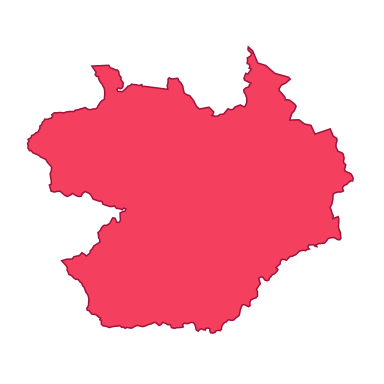 Santa Maria, Rio Grande do Sul, Brazil (Robinson projection), rotated 357°
{"feature_id": "56859067B70904349952345", "entity_name": "Santa Maria", "entity_type": "district", "adm_level": 2, "iso_a3": "BRA", "parent_name": "Brazil", "parent_adm1": "Rio Grande do Sul", "projection": "robinson", "projection_center": [-53.836, -29.777], "detail": "fine", "context": "isolated", "style": "filled", "palette": "rose", "viewbox_px": 384, "rotation_deg": 357, "n_neighbors": 0, "source": "geoboundaries", "source_scale": "gbopen_adm2", "svg_char_len": 5685}
<svg xmlns="http://www.w3.org/2000/svg" viewBox="0 0 384 384"><g transform="rotate(357 192 192)"><path d="M77.7,279.8L79.2,281.3L80.9,286.7L82.2,288.3L82.9,290.2L83.4,293.7L82.6,300.2L80.9,302.5L81.1,304.5L82.8,304.9L84.1,306.8L85.6,308.7L89.5,309.4L92.7,312.4L94.3,313.2L93.2,314.7L94.7,315.7L94.5,319.2L96.1,321.0L98.5,321.4L102.4,323.0L105.0,322.4L106.9,322.2L110.6,322.0L112.8,321.8L114.8,323.5L116.4,323.2L118.1,324.7L119.9,323.8L123.0,324.6L125.0,324.7L127.3,323.5L129.9,322.4L131.5,322.7L135.7,323.9L137.6,323.5L142.3,321.9L144.3,321.6L147.6,320.2L149.1,320.7L152.1,323.6L153.7,323.0L156.3,320.6L159.1,322.0L160.5,323.2L162.1,323.2L163.7,323.7L164.4,326.4L167.5,327.2L169.5,326.7L172.1,326.8L174.2,326.6L176.2,326.3L175.7,323.7L177.6,322.5L179.5,323.2L181.5,323.2L182.9,322.5L184.7,322.2L186.5,322.5L187.7,323.9L188.3,326.0L188.8,328.0L188.9,329.8L190.8,331.3L192.4,329.7L194.5,329.1L196.4,330.2L198.2,330.6L198.7,328.8L200.7,328.7L202.6,329.4L202.6,331.8L203.1,333.5L205.6,334.0L207.6,333.5L208.7,331.9L210.8,331.5L212.9,332.0L214.1,330.8L214.5,329.0L214.9,327.2L216.3,325.4L218.1,323.8L219.6,323.5L220.7,322.1L222.2,321.5L224.4,322.3L226.9,322.1L228.9,320.3L230.9,319.0L232.7,317.6L233.4,315.1L234.0,312.3L236.2,307.4L238.6,307.2L240.9,308.7L242.6,309.5L244.1,308.5L243.9,305.3L245.3,302.7L247.9,301.8L250.6,300.8L252.0,299.2L252.1,297.4L252.1,294.9L251.3,292.4L252.5,291.0L253.6,289.3L255.5,287.2L254.8,284.6L254.1,281.6L256.6,280.2L258.6,281.3L260.2,283.7L262.1,284.6L264.0,284.0L264.9,281.9L266.3,280.8L267.8,278.8L269.5,278.3L270.9,277.3L272.7,275.7L273.8,273.8L271.9,271.9L273.2,270.9L274.7,269.6L276.2,268.6L276.5,266.4L277.5,264.4L279.1,264.0L281.0,264.3L282.8,265.1L286.3,261.7L289.2,261.3L292.2,260.1L296.4,256.6L300.1,256.0L302.2,256.6L303.7,255.6L306.2,255.0L304.8,253.6L305.6,251.1L310.6,251.0L312.2,252.7L313.9,253.1L313.1,251.3L315.4,250.3L321.6,250.0L323.6,248.1L325.5,245.7L327.8,245.0L331.6,245.0L335.0,247.2L337.0,247.5L338.3,246.0L338.1,242.9L338.1,240.3L337.0,237.3L336.4,234.6L336.7,231.8L337.1,229.0L337.2,226.5L336.6,224.2L331.4,226.0L331.8,223.0L330.9,221.1L330.4,218.8L329.9,216.6L329.0,215.0L329.9,213.4L331.2,211.0L331.8,208.5L332.3,206.7L332.4,204.7L332.7,202.1L334.1,200.5L336.4,200.0L338.2,199.6L340.6,199.9L343.3,198.9L342.6,196.5L342.9,194.8L344.7,193.2L346.9,192.6L348.7,190.7L351.3,189.1L353.0,189.4L353.7,186.7L352.8,184.1L351.8,182.4L350.0,181.1L348.1,180.3L346.4,179.5L345.4,177.6L346.3,175.2L347.0,172.9L345.2,171.0L344.9,169.0L345.7,166.3L345.4,164.4L345.0,162.1L343.5,160.5L341.9,159.9L339.9,158.8L338.8,156.3L338.2,154.3L338.4,151.3L339.5,148.4L339.4,146.0L336.0,143.7L333.4,136.2L317.8,140.6L314.3,131.6L307.9,130.0L304.2,126.8L302.7,125.5L293.3,125.3L295.8,118.8L298.2,116.5L300.5,112.0L299.2,109.7L294.4,105.4L292.6,104.9L290.0,104.8L289.8,102.2L288.2,100.0L285.5,96.6L284.3,95.2L284.5,93.3L286.8,90.0L291.3,88.1L296.0,84.5L294.4,82.4L281.0,77.9L272.2,69.5L264.4,66.6L260.0,54.3L255.8,50.0L255.3,52.7L256.3,54.3L259.0,56.9L257.3,59.5L254.2,61.0L254.4,63.3L253.8,66.6L255.7,67.4L256.5,69.8L255.5,71.3L257.7,72.5L255.2,75.4L254.0,77.3L251.9,76.3L249.8,81.2L250.3,83.0L256.6,86.5L254.8,88.2L254.2,90.0L251.0,90.9L249.1,92.6L249.1,95.0L250.4,97.0L251.6,101.4L251.3,105.6L249.4,109.4L247.8,109.4L244.9,107.6L239.6,109.2L237.1,111.7L234.9,111.9L232.4,110.7L227.6,115.8L223.8,116.1L221.5,117.6L219.2,117.5L215.9,116.7L217.3,115.0L217.9,113.2L215.9,111.0L213.4,108.2L203.8,109.5L201.0,106.8L200.0,104.6L198.8,101.7L197.9,100.1L196.3,97.8L194.6,95.5L192.5,95.0L189.4,92.8L188.7,89.0L188.3,85.7L186.6,82.3L184.9,80.6L183.7,77.6L180.9,77.9L178.2,78.1L176.6,77.7L175.2,76.7L174.0,77.9L173.8,81.7L172.8,84.2L173.2,88.2L152.3,84.4L150.2,84.0L148.1,84.1L147.5,82.1L144.6,82.9L141.8,81.9L139.5,81.7L137.3,81.1L135.9,82.4L133.4,83.1L131.2,85.4L129.2,87.0L127.7,88.1L124.9,87.8L123.2,87.7L122.3,85.7L124.0,84.2L125.7,85.2L127.5,84.6L128.5,83.2L129.1,79.4L126.9,76.1L127.2,73.6L125.4,71.5L125.2,68.2L124.0,66.3L121.8,66.0L119.8,64.8L116.9,63.7L115.5,61.1L98.6,61.0L102.5,67.4L101.4,69.8L102.9,71.7L104.7,71.8L104.8,74.2L106.0,77.2L108.0,79.9L108.8,82.0L109.7,83.8L110.0,85.6L110.0,89.2L109.3,94.8L106.7,96.2L105.3,97.5L102.7,100.9L101.8,102.9L100.0,104.0L97.8,103.9L95.9,104.3L93.6,104.3L91.8,103.7L89.9,102.0L88.3,102.4L86.4,103.0L84.7,103.1L82.8,103.9L79.8,104.1L78.6,105.4L73.5,105.2L70.0,105.6L68.4,106.3L64.0,105.6L60.4,105.9L58.8,105.6L56.0,107.5L56.5,109.5L55.4,110.9L53.6,111.0L52.2,111.8L48.7,111.6L47.9,113.2L46.3,114.5L45.3,117.1L43.6,118.0L43.4,120.6L42.3,122.3L41.5,123.8L39.3,124.7L37.0,126.6L34.8,127.2L34.1,129.3L31.0,130.8L31.8,132.7L30.3,135.0L30.8,137.1L30.4,139.5L32.0,142.3L33.5,142.1L35.1,144.5L40.9,147.3L42.5,149.0L47.7,151.9L49.3,155.0L53.1,159.7L52.6,163.4L51.3,166.5L51.6,170.5L52.1,172.7L51.8,177.0L49.9,177.5L51.3,183.8L54.7,184.9L56.7,184.4L60.5,184.4L61.8,185.8L63.3,187.2L64.8,188.7L67.1,189.9L70.7,188.6L72.6,187.1L75.9,189.5L78.9,190.6L81.2,190.4L82.3,188.1L85.2,185.9L89.4,188.0L91.1,190.3L92.9,194.0L99.2,196.4L101.7,196.7L102.3,199.4L104.2,200.3L109.3,202.2L111.2,202.4L113.9,201.8L115.7,204.5L118.7,204.8L121.4,206.1L123.0,204.5L125.0,205.2L124.4,207.4L122.0,208.0L119.1,209.0L119.0,210.9L119.0,216.4L118.0,218.4L115.4,218.4L113.8,214.1L111.4,213.7L108.1,219.2L104.6,220.9L102.6,220.6L101.1,221.5L99.6,223.2L98.7,225.2L97.3,226.6L95.9,227.7L96.3,229.8L96.3,232.6L97.2,234.3L97.4,237.2L91.0,240.8L89.7,243.2L87.3,245.4L87.0,247.5L83.2,250.4L81.4,248.6L78.9,246.8L76.3,249.6L70.7,250.4L68.8,252.7L63.6,252.5L58.2,253.8L62.6,259.2L63.6,261.4L63.1,263.2L64.1,265.5L64.8,268.1L67.2,268.9L69.7,272.0L71.2,273.0L73.9,273.5L75.7,276.2L77.3,277.3L77.7,279.8Z" fill="#f43f5e" stroke="#9f1239" stroke-width="1.5"/></g></svg>